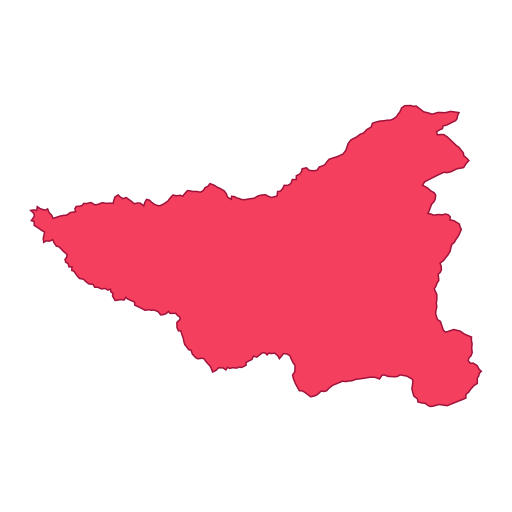 Guarani de Goiás, Goiás, Brazil (Albers equal-area conic projection)
{"feature_id": "56859067B43710707845726", "entity_name": "Guarani de Goiás", "entity_type": "district", "adm_level": 2, "iso_a3": "BRA", "parent_name": "Brazil", "parent_adm1": "Goiás", "projection": "albers", "projection_center": [-46.452, -13.879], "detail": "fine", "context": "isolated", "style": "filled", "palette": "rose", "viewbox_px": 512, "rotation_deg": 0, "n_neighbors": 0, "source": "geoboundaries", "source_scale": "gbopen_adm2", "svg_char_len": 5027}
<svg xmlns="http://www.w3.org/2000/svg" viewBox="0 0 512 512"><path d="M459.0,112.6L450.7,111.4L445.1,112.7L438.2,112.4L432.1,114.2L429.0,113.1L423.7,111.8L416.1,106.0L413.6,106.4L410.8,105.5L404.8,105.7L401.7,107.8L399.8,112.0L397.9,114.3L396.7,116.4L394.0,118.5L390.7,120.1L387.0,120.2L383.8,120.8L380.2,121.0L376.5,121.9L372.4,123.3L371.2,127.0L366.7,129.6L363.6,133.0L360.3,134.2L356.2,137.2L351.0,139.8L348.1,143.6L345.9,150.3L343.0,154.0L337.6,156.5L329.2,159.2L327.4,161.2L324.8,164.7L322.3,166.0L319.3,166.9L317.1,170.2L313.6,170.8L309.2,170.4L306.5,167.8L302.2,168.7L301.7,171.2L299.9,174.0L296.3,175.7L296.3,179.6L292.3,179.5L290.9,183.5L287.8,185.4L284.2,185.3L282.8,188.3L280.4,191.2L277.6,191.5L277.0,196.0L271.5,197.5L267.8,196.1L265.7,194.8L261.6,195.0L258.1,195.9L254.2,198.2L249.0,198.9L244.8,199.7L241.8,199.6L239.2,198.5L236.8,198.0L234.5,196.6L231.6,196.3L231.3,199.3L227.7,197.3L226.2,193.5L224.2,190.9L220.2,188.5L217.3,187.2L213.9,185.1L210.0,183.6L207.8,186.4L205.1,187.6L203.3,190.5L200.4,192.2L196.5,191.4L193.1,191.5L190.2,190.9L187.5,190.6L184.8,193.5L182.9,196.1L180.1,195.3L176.6,195.8L173.0,195.0L170.8,197.2L167.7,201.2L163.6,204.0L159.8,205.8L157.1,205.4L154.7,204.5L151.9,202.5L149.2,200.0L146.5,199.4L145.0,202.1L143.7,205.8L140.2,203.1L137.5,203.0L134.2,203.7L130.9,200.9L126.1,197.5L123.2,198.7L120.2,197.0L118.2,194.9L115.1,196.8L113.9,200.0L113.1,203.4L110.2,203.1L106.6,203.4L102.2,202.7L98.1,204.3L95.0,204.9L90.9,202.5L86.9,203.5L83.6,203.5L82.0,205.6L79.4,206.2L76.2,206.5L74.9,208.6L75.6,211.7L70.4,212.5L66.5,215.2L63.4,215.4L59.6,216.2L53.1,218.4L51.6,215.1L49.3,212.9L47.6,208.9L45.2,210.2L40.2,208.7L37.3,206.6L36.7,210.4L33.6,209.9L30.7,210.4L33.8,213.4L34.4,216.1L32.9,218.3L31.3,220.6L34.1,221.5L34.2,225.4L39.4,228.7L41.9,230.6L44.6,232.0L43.2,238.4L43.7,242.3L46.2,240.9L49.6,241.1L52.7,239.7L54.0,242.7L56.3,246.1L58.8,246.7L61.3,249.1L63.5,251.5L67.2,254.5L66.7,257.2L65.0,259.4L65.7,262.2L68.1,263.6L69.0,266.9L71.9,266.8L71.8,270.5L74.0,271.2L75.3,273.3L77.3,276.0L79.5,278.5L83.5,279.2L85.5,281.3L88.8,283.9L93.1,284.4L94.6,287.2L97.8,287.3L101.4,288.9L105.3,288.5L107.9,290.1L110.5,289.2L110.9,292.0L113.1,293.4L112.5,295.9L113.7,298.1L115.1,300.5L120.8,299.6L124.2,300.0L125.9,297.3L127.7,299.0L131.4,300.7L134.4,301.9L134.8,305.2L137.8,306.5L141.0,308.1L145.1,310.3L148.9,309.7L151.3,310.3L154.3,310.0L158.4,311.9L160.6,314.9L163.6,314.6L166.3,313.5L168.4,311.5L170.0,313.4L175.7,313.3L177.6,315.6L179.7,316.8L180.2,319.3L176.9,322.4L177.0,327.6L178.4,330.8L180.8,330.9L182.0,334.8L183.3,338.4L184.0,342.0L184.7,344.5L186.5,346.6L188.7,349.7L191.0,350.2L192.4,354.2L195.8,357.8L197.9,358.8L201.3,358.3L203.8,358.5L205.9,361.5L210.2,366.3L211.3,368.5L212.6,372.0L215.8,370.5L218.6,367.8L223.1,367.9L225.9,369.9L227.5,367.3L229.8,368.4L232.7,367.7L236.8,368.1L239.2,367.0L241.6,367.5L246.1,365.2L246.0,362.5L249.8,360.5L251.9,359.5L253.4,356.2L256.9,357.1L262.1,352.9L265.1,352.9L267.1,354.9L268.9,353.0L271.2,353.6L274.6,353.1L277.8,355.7L279.4,358.7L281.9,355.6L283.4,353.6L286.8,353.9L289.9,355.7L290.9,358.3L293.5,363.5L295.1,365.4L294.9,368.0L294.9,371.5L292.6,375.1L293.5,378.9L295.5,383.7L299.3,390.7L302.3,390.9L304.6,392.2L310.7,396.8L314.4,396.0L317.6,394.4L321.2,391.0L324.0,391.5L326.6,390.8L329.2,388.0L333.0,385.1L336.6,383.7L342.5,381.2L345.7,381.6L348.7,381.0L351.8,380.8L356.0,379.3L361.7,378.6L365.3,378.0L370.5,377.2L375.1,377.3L379.5,379.0L382.0,375.2L384.5,375.0L387.9,376.4L394.9,376.8L397.7,376.4L400.0,374.9L406.8,376.1L412.3,379.2L412.9,381.6L411.9,389.1L413.8,396.1L417.4,398.8L418.0,402.0L421.6,402.9L425.4,403.4L427.9,405.4L430.2,406.5L433.0,406.2L439.0,404.5L444.2,405.2L447.1,405.7L465.9,398.1L465.9,394.4L468.8,392.0L470.7,389.2L474.0,385.5L477.3,383.5L477.3,378.0L478.7,376.0L479.3,373.3L481.3,371.3L479.3,369.5L477.0,365.5L473.2,363.1L470.5,363.3L468.2,360.8L468.9,358.0L471.0,355.8L472.2,352.6L471.7,347.9L472.1,344.0L471.4,340.3L471.5,337.0L467.2,335.3L464.3,334.0L460.2,331.1L453.8,329.5L445.6,332.2L443.4,330.3L440.4,321.4L437.4,319.5L436.6,316.9L435.6,313.5L436.0,310.1L436.8,307.1L436.3,303.1L436.9,299.1L436.8,294.3L434.2,288.9L436.0,286.1L436.9,283.4L438.8,280.4L438.5,276.9L438.2,274.2L440.2,272.4L441.4,270.0L441.2,266.2L440.0,263.3L443.4,260.6L447.9,255.0L450.2,251.1L450.9,247.5L451.9,244.4L454.4,242.3L455.9,239.5L458.5,235.8L460.0,232.5L461.3,229.4L460.0,226.7L459.4,224.1L457.3,222.8L454.0,220.7L449.9,219.8L450.3,216.9L448.3,214.8L445.3,214.0L442.2,214.9L438.6,214.5L433.9,215.2L430.6,213.9L427.9,213.6L429.1,211.1L431.5,204.4L434.1,201.5L435.2,199.2L435.7,195.0L434.1,192.7L430.8,190.9L427.5,187.9L422.5,185.2L424.8,181.7L437.3,175.3L443.8,172.3L447.3,172.6L450.8,171.8L456.9,168.8L463.6,167.6L466.1,163.6L468.9,160.6L466.9,158.4L463.8,155.7L463.3,152.8L458.7,147.1L456.7,145.9L453.1,142.4L447.3,136.9L443.8,134.6L441.3,134.5L437.4,134.8L436.5,131.7L439.5,129.9L442.4,128.7L443.1,125.9L446.9,125.0L451.4,122.7L455.5,120.7L457.0,118.8L457.6,115.5L459.0,112.6Z" fill="#f43f5e" stroke="#9f1239" stroke-width="1.5"/></svg>